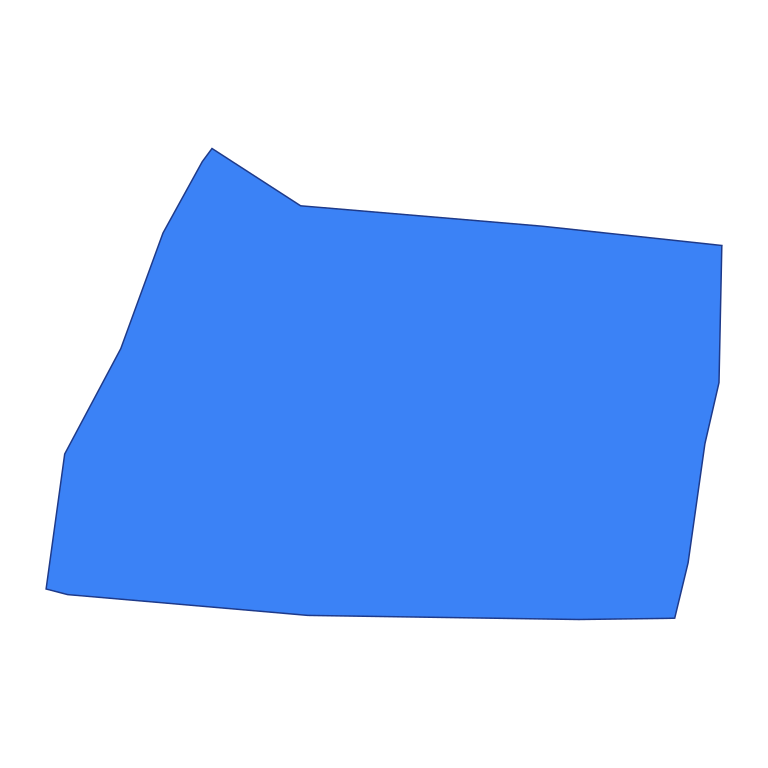 outline of 25, Ad Dawhah, Qatar
{"feature_id": "91078587B27846098888320", "entity_name": "25", "entity_type": "district", "adm_level": 2, "iso_a3": "QAT", "parent_name": "Qatar", "parent_adm1": "Ad Dawhah", "projection": "equal_earth", "projection_center": [51.531, 25.268], "detail": "fine", "context": "isolated", "style": "filled", "palette": "blue", "viewbox_px": 768, "rotation_deg": 0, "n_neighbors": 0, "source": "geoboundaries", "source_scale": "gbopen_adm2", "svg_char_len": 357}
<svg xmlns="http://www.w3.org/2000/svg" viewBox="0 0 768 768"><path d="M721.9,245.5L542.1,226.2L300.6,205.8L212.0,148.5L202.3,161.6L163.0,233.0L120.8,348.6L64.7,454.0L46.1,589.0L67.6,594.6L307.8,615.4L578.8,619.5L665.1,618.4L674.7,618.2L688.1,562.8L704.9,443.8L719.0,382.6L721.8,246.6L721.9,245.5Z" fill="#3b82f6" stroke="#1e3a8a" stroke-width="1.5"/></svg>